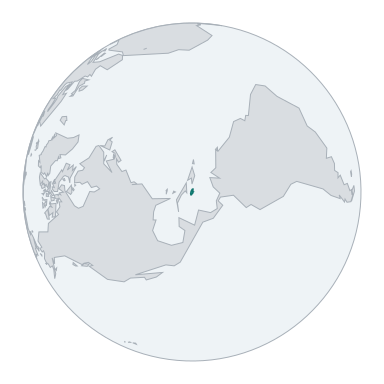 Jamaica highlighted on a globe, orthographic projection, rotated 275°
{"feature_id": "JAM", "entity_name": "Jamaica", "entity_type": "country or territory", "adm_level": 0, "iso_a3": "JAM", "parent_name": "North America", "parent_adm1": "", "projection": "orthographic", "projection_center": [-77.28, 18.119], "detail": "fine", "context": "on_globe", "style": "filled", "palette": "teal", "viewbox_px": 384, "rotation_deg": 275, "n_neighbors": 0, "source": "natural_earth", "source_scale": "50m", "svg_char_len": 9350}
<svg xmlns="http://www.w3.org/2000/svg" viewBox="0 0 384 384"><g transform="rotate(275 192 192)"><circle cx="192" cy="192" r="169" fill="#eef3f6" stroke="#a8b0b8"/><path d="M189.4,220.8L185.4,218.9L181.5,223.8L167.7,215.5L162.9,205.4L121.1,186.4L116.9,180.7L117.1,172.3L104.6,142.8L109.3,169.7L104.2,163.9L100.4,154.1L102.9,152.1L100.9,138.2L96.6,132.2L97.6,115.4L109.1,96.0L110.2,99.5L112.9,94.9L111.6,90.5L110.1,88.8L117.3,70.8L114.8,60.5L108.5,61.4L114.2,58.4L98.6,63.4L93.7,62.8L102.6,61.1L106.2,59.3L104.5,57.4L107.8,55.1L108.9,53.1L112.9,50.8L117.8,50.6L120.5,49.2L119.2,48.0L122.4,45.4L123.9,47.2L129.7,42.9L138.9,43.0L139.7,51.9L148.2,51.7L158.0,61.0L160.4,58.8L165.7,61.7L170.5,60.5L170.9,63.1L174.4,60.0L173.1,57.9L174.2,56.0L176.9,55.2L177.9,58.2L176.7,59.0L178.4,59.5L177.8,61.4L179.6,60.0L180.6,64.0L183.7,59.1L187.8,61.5L187.3,64.4L182.1,65.3L168.0,76.1L165.9,80.3L168.2,84.8L183.6,90.1L183.5,94.6L187.1,99.7L189.6,96.4L187.7,91.4L193.2,87.0L190.1,81.8L191.9,79.5L190.9,74.2L196.7,73.9L202.9,76.7L204.1,81.2L206.9,82.8L210.4,77.8L217.0,86.4L229.1,92.5L230.2,95.2L224.0,100.6L212.4,101.6L204.4,110.6L215.4,103.9L217.9,111.5L220.7,112.6L223.9,111.9L225.2,108.8L227.3,111.5L217.3,118.6L215.3,116.3L218.4,113.9L213.0,114.7L206.3,120.4L208.1,124.3L196.0,130.4L197.1,133.4L195.1,136.7L194.1,131.4L195.7,141.4L181.8,153.0L183.7,171.1L175.6,157.1L168.9,155.5L160.8,155.7L161.0,158.6L150.2,156.1L140.5,162.0L137.1,176.2L140.9,187.3L153.0,188.3L156.5,182.2L165.3,181.2L159.2,197.5L174.6,200.1L173.1,212.3L177.7,218.6L185.3,217.0L193.3,219.8L198.9,212.7L207.9,208.5L208.2,218.3L213.1,209.1L218.2,213.6L236.1,211.9L234.8,214.3L249.8,224.4L265.8,227.3L269.5,233.8L267.6,238.4L273.0,238.8L273.1,241.5L294.3,241.8L304.6,246.1L304.0,255.6L294.7,268.3L284.9,291.3L267.8,301.0L262.5,309.6L247.5,322.5L237.3,322.9L239.3,327.8L232.8,331.4L225.9,332.2L224.0,335.8L218.8,336.2L221.7,338.2L212.5,342.9L214.1,346.0L207.1,349.2L208.4,350.8L206.1,350.9L203.4,351.6L202.9,352.5L196.2,351.1L195.3,347.3L198.3,345.1L195.3,344.8L201.9,338.9L198.3,340.2L200.7,330.8L206.5,322.2L211.7,295.4L208.3,289.8L195.6,283.4L180.4,261.3L184.7,251.9L181.2,247.4L192.4,233.6L189.4,220.8ZM35.4,149.9L36.6,146.1L36.5,149.1L35.4,149.9ZM37.0,143.5L36.7,144.8L36.9,143.6L37.0,143.5ZM36.9,142.4L37.0,143.2L36.7,142.7L36.9,142.4ZM36.6,141.4L36.8,141.8L36.7,141.9L36.6,141.4ZM182.9,177.2L200.6,185.5L190.7,186.9L192.5,185.2L188.1,181.7L179.7,178.5L171.0,180.4L182.9,177.2ZM36.7,138.8L36.7,138.0L37.1,138.0L36.7,138.8ZM190.6,167.1L187.5,166.5L190.5,166.4L190.6,167.1ZM108.9,88.5L111.2,90.7L111.2,95.8L108.8,94.1L108.9,88.5ZM109.4,79.7L111.4,79.8L108.3,84.1L108.1,82.7L109.4,79.7ZM103.3,62.8L104.6,63.8L102.2,63.7L103.3,62.8ZM108.3,53.3L106.9,53.8L108.1,52.6L108.3,53.3ZM187.7,74.8L189.3,74.5L188.7,75.6L187.7,74.8ZM185.8,72.9L184.0,74.4L182.9,73.8L184.0,72.8L185.8,72.9ZM115.3,48.0L117.6,46.1L116.1,48.0L115.3,48.0ZM188.3,71.2L181.0,72.4L179.0,71.3L181.6,66.9L188.3,71.2ZM119.5,45.0L124.9,41.0L122.3,41.6L132.8,38.0L124.7,42.3L123.3,44.3L122.1,44.0L119.5,45.0ZM171.5,57.6L173.0,59.8L169.2,58.8L171.5,57.6ZM168.8,57.5L155.6,58.1L154.7,54.9L159.3,55.2L156.2,52.0L162.2,50.1L165.3,51.4L164.7,53.8L167.5,51.3L168.8,57.5ZM137.8,36.9L139.8,36.0L138.6,36.9L137.8,36.9ZM174.3,55.2L171.7,55.4L170.8,52.6L175.8,51.6L174.5,52.8L174.3,55.2ZM152.4,52.2L152.5,50.2L157.5,48.0L158.2,47.0L162.3,49.8L152.4,52.2ZM176.1,53.1L178.3,51.3L181.2,52.0L176.8,54.8L176.1,53.1ZM168.4,52.4L168.2,51.1L169.9,51.4L168.4,52.4ZM192.9,54.1L189.8,54.1L189.1,52.6L192.9,54.1ZM179.0,50.5L178.0,50.3L177.3,49.8L179.4,48.8L179.0,50.5ZM165.5,48.2L167.5,47.9L164.1,46.9L167.6,45.5L169.7,47.8L170.3,46.2L171.4,45.8L171.8,48.1L165.5,48.2ZM179.5,46.4L183.3,49.2L189.2,49.3L190.0,50.6L180.5,50.3L179.5,46.4ZM175.0,47.2L178.0,47.0L177.5,48.5L175.1,49.6L175.0,47.2ZM169.3,43.9L163.3,45.4L163.0,44.9L169.3,43.9ZM181.3,46.1L180.3,45.5L181.8,45.9L181.3,46.1ZM173.1,44.1L171.0,44.7L170.8,44.1L173.1,44.1ZM180.1,43.9L181.4,44.7L179.8,45.4L180.1,43.9ZM177.0,43.7L177.2,42.8L178.5,45.2L176.1,44.1L177.0,43.7ZM173.2,43.5L172.4,43.3L174.1,43.4L173.2,43.5ZM185.3,41.0L187.4,43.8L183.9,45.2L182.4,42.3L185.3,41.0ZM207.1,353.8L196.7,351.7L202.7,352.7L207.4,351.2L212.7,352.7L207.1,353.8ZM220.9,349.5L226.1,348.2L227.1,348.6L223.8,349.5L220.9,349.5ZM321.8,83.9L318.9,80.5L315.3,76.5L321.8,83.9ZM301.9,63.7L302.4,64.2L312.2,73.4L314.4,75.6L319.0,81.3L323.2,85.7L326.0,89.5L320.1,83.6L317.2,80.5L309.9,76.7L313.4,80.4L320.5,84.4L320.3,84.9L324.9,90.7L321.2,86.8L312.5,82.2L313.7,88.7L323.0,106.9L322.0,110.9L317.7,111.1L306.4,96.9L309.8,89.6L305.9,85.2L298.5,81.7L300.2,80.1L297.6,78.0L298.2,75.4L292.5,68.0L292.1,65.4L283.5,59.2L282.1,57.3L287.6,61.3L291.2,63.0L289.6,57.7L287.4,55.7L281.9,52.3L282.1,51.6L277.1,49.1L273.0,45.5L273.7,48.1L267.3,45.0L261.4,41.5L259.4,41.1L269.1,47.1L272.8,49.2L275.8,50.0L286.1,57.1L288.0,59.8L277.8,54.8L279.4,58.3L270.7,53.6L249.9,39.2L244.5,35.5L249.0,34.1L253.9,36.0L254.8,37.3L259.9,38.3L256.7,37.2L256.8,36.8L250.8,34.5L250.6,34.2L245.1,32.7L244.2,32.1L247.7,33.0L238.0,29.8L234.5,28.5L232.3,28.0L231.1,27.8L227.8,26.9L239.3,29.8L250.7,33.6L261.7,38.1L272.4,43.4L282.7,49.5L292.6,56.2L301.9,63.7ZM226.2,26.5L226.7,26.7L224.3,26.3L218.7,25.5L217.7,25.2L219.6,25.4L221.4,25.6L226.2,26.5ZM220.2,25.4L218.6,25.2L215.5,24.9L216.2,24.8L215.7,24.8L213.9,24.6L211.2,24.2L210.0,24.2L191.0,23.9L183.8,23.7L186.6,23.3L172.4,24.4L165.4,25.2L166.0,25.2L159.6,26.4L161.7,26.1L161.5,26.3L145.9,30.7L141.6,31.9L135.5,34.9L135.9,35.0L138.8,34.2L132.8,38.0L122.3,41.6L122.1,41.0L115.6,44.1L116.2,42.5L113.6,43.1L117.9,40.3L115.5,41.3L113.3,42.5L111.6,43.4L120.1,39.1L123.4,38.0L122.0,38.3L125.3,36.8L126.6,36.2L126.4,36.3L137.6,32.0L149.0,28.6L160.7,26.0L172.5,24.2L184.4,23.2L196.4,23.1L208.3,23.8L220.2,25.4ZM360.3,207.4L360.5,198.7L360.5,186.1L359.9,182.5L359.3,186.3L358.1,182.1L357.4,183.6L349.6,198.3L344.7,194.4L333.0,176.8L332.6,166.2L328.2,156.3L321.9,111.8L325.5,110.5L326.1,96.9L327.1,96.8L332.3,104.5L337.0,106.0L332.3,98.1L332.1,97.5L338.9,108.5L344.8,119.9L349.8,131.7L354.0,143.9L357.1,156.3L359.4,169.0L360.6,181.7L360.9,194.6L360.3,207.4ZM329.8,131.3L331.3,134.4L329.8,131.3ZM236.6,211.7L238.8,213.4L236.0,213.8L236.6,211.7ZM189.4,191.0L193.1,191.2L195.0,192.7L192.2,193.2L189.4,191.0ZM220.3,190.0L224.5,190.6L220.2,191.7L220.3,190.0ZM203.3,186.6L216.9,189.9L208.5,193.3L199.9,191.3L205.8,190.2L203.3,186.6ZM189.0,173.0L191.3,173.7L190.6,175.5L189.0,173.0ZM192.7,167.1L191.8,167.3L190.7,165.8L192.7,167.1ZM218.5,111.0L219.4,110.5L222.7,110.6L221.2,111.9L218.5,111.0ZM236.6,103.6L239.6,108.1L236.5,105.6L235.0,108.1L226.7,106.4L230.3,96.5L230.2,101.1L236.6,103.6ZM216.6,102.0L221.5,103.8L216.1,102.2L216.6,102.0ZM282.6,70.7L285.0,70.8L287.9,73.6L288.4,78.3L284.1,74.1L282.6,70.7ZM287.7,70.5L277.3,65.0L276.7,62.3L278.8,64.6L279.4,63.4L283.0,66.9L292.4,70.3L295.6,73.1L294.7,79.4L293.2,75.6L291.0,75.5L287.7,70.5ZM252.2,60.0L247.7,58.8L252.0,54.4L255.7,56.1L256.4,60.5L252.4,61.1L252.2,60.0ZM194.3,63.8L192.3,64.5L192.0,63.6L193.5,62.2L194.3,63.8ZM191.5,54.2L202.7,60.3L201.0,61.2L209.7,64.2L208.5,68.1L203.0,65.9L208.5,71.4L203.0,71.0L207.3,74.6L195.1,69.3L190.4,69.5L196.1,67.7L197.3,64.1L196.4,62.6L190.3,58.8L180.8,58.0L180.5,54.7L182.8,52.6L185.0,52.3L184.5,54.4L187.9,52.5L188.9,55.4L191.5,54.2ZM209.8,36.4L208.3,37.9L215.2,36.6L216.2,38.6L217.0,38.4L219.8,40.0L224.5,41.7L224.2,42.6L226.2,42.9L228.1,44.2L230.7,45.0L231.1,47.1L234.3,48.3L232.7,48.7L238.1,50.3L234.2,50.1L236.4,52.1L239.0,51.2L234.7,63.2L235.9,69.2L239.0,74.5L231.9,74.1L224.5,69.2L217.9,62.7L217.8,57.3L214.6,58.4L213.6,56.2L216.5,56.3L211.4,55.0L211.4,53.3L205.5,49.0L198.2,48.7L195.9,47.3L198.7,46.6L194.4,45.8L198.2,43.6L196.7,42.7L198.8,39.9L205.3,39.5L203.0,38.6L204.6,36.7L209.8,36.4ZM186.1,40.2L193.5,38.7L197.8,39.2L192.2,43.9L193.1,45.1L189.7,48.6L183.6,47.9L185.2,46.9L185.3,45.8L187.1,46.4L185.7,45.1L187.8,43.8L187.2,42.5L189.8,42.3L186.1,40.2ZM324.9,93.0L325.1,92.3L324.6,90.6L327.5,94.5L324.9,93.0ZM319.2,89.9L318.9,88.6L322.8,92.7L322.6,93.6L319.2,89.9ZM315.3,84.7L318.5,88.2L316.7,86.8L315.3,84.7ZM287.0,60.2L286.2,58.9L287.4,59.5L289.4,61.1L287.0,60.2ZM230.4,34.7L228.9,35.1L227.9,34.7L222.3,34.4L221.1,33.2L224.0,32.8L230.4,34.7ZM326.7,90.0L327.5,91.2L326.7,90.2L326.6,89.9L326.7,90.0ZM228.2,33.3L226.1,33.3L226.8,32.7L228.2,33.3ZM219.9,32.3L220.2,31.5L220.3,33.0L219.9,32.3ZM214.8,25.7L223.9,27.2L229.6,28.2L231.6,28.2L232.7,29.1L223.9,27.6L214.8,25.7ZM194.0,24.0L192.3,24.5L190.5,24.3L190.6,24.1L194.0,24.0ZM194.8,24.3L197.7,25.1L195.0,25.3L193.3,24.7L194.8,24.3ZM213.3,28.2L216.0,28.6L215.4,29.0L213.3,28.2ZM138.9,36.0L139.7,36.0L137.9,36.5L138.9,36.0ZM162.8,26.1L162.2,26.5L160.1,26.8L162.8,26.1ZM159.4,27.6L162.3,27.0L159.7,27.8L159.4,27.6ZM168.6,25.7L163.6,26.8L167.8,25.7L168.6,25.7Z" fill="#d9dde1" stroke="#a8b0b8" stroke-width="1"/><path d="M192.1,191.0L192.4,191.1L192.7,191.2L192.9,191.2L193.0,191.2L193.4,191.5L193.6,191.6L194.6,191.9L194.9,192.4L195.0,192.6L194.7,192.7L194.4,192.7L194.1,192.7L193.8,192.6L193.7,192.6L193.4,192.5L193.5,192.5L193.4,192.4L193.2,192.4L193.1,192.6L192.9,192.8L192.7,192.8L192.6,192.6L192.3,192.8L192.2,193.2L191.8,192.8L191.5,192.8L190.9,192.8L190.6,192.7L190.4,192.4L190.1,192.2L189.9,191.8L189.2,191.7L189.1,191.3L189.3,191.1L189.7,191.0L190.0,191.0L190.2,190.9L190.3,190.8L191.5,191.0L191.8,191.0L192.1,191.0Z" fill="#14b8a6" stroke="#0f766e" stroke-width="1.5"/></g></svg>